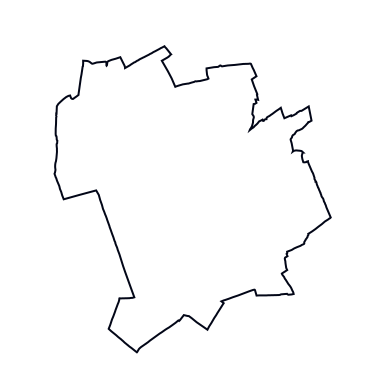 Ivesti, Vaslui, Romania (Robinson projection), rotated 80°
{"feature_id": "2599482B87899807765527", "entity_name": "Ivesti", "entity_type": "district", "adm_level": 2, "iso_a3": "ROU", "parent_name": "Romania", "parent_adm1": "Vaslui", "projection": "robinson", "projection_center": [27.546, 46.204], "detail": "fine", "context": "isolated", "style": "outline", "palette": "ink", "viewbox_px": 384, "rotation_deg": 80, "n_neighbors": 0, "source": "geoboundaries", "source_scale": "gbopen_adm2", "svg_char_len": 5877}
<svg xmlns="http://www.w3.org/2000/svg" viewBox="0 0 384 384"><g transform="rotate(80 192 192)"><path d="M312.3,297.8L312.6,297.6L315.2,295.6L319.8,291.6L322.1,289.8L324.9,287.3L326.0,286.5L326.4,286.1L328.6,284.5L333.5,280.3L335.0,278.8L339.1,275.2L340.3,274.1L340.1,273.8L337.5,271.6L337.0,271.0L335.9,269.2L332.3,261.4L331.1,259.3L325.8,248.4L324.9,246.2L323.0,242.2L322.1,240.0L321.4,238.1L319.6,234.3L317.9,230.8L316.2,227.9L316.1,227.5L316.1,227.3L316.7,227.0L316.2,226.2L311.8,221.4L313.2,218.2L313.7,216.6L316.2,214.2L321.1,210.0L327.2,203.8L328.3,202.7L329.6,201.4L330.3,200.7L329.5,200.1L327.3,198.4L324.4,195.7L320.0,192.0L317.5,189.6L315.5,187.9L312.9,185.5L308.7,181.7L307.0,180.1L304.8,182.0L304.3,179.7L304.1,178.0L303.5,174.2L302.7,169.9L301.9,164.5L299.7,152.9L299.1,149.2L299.0,147.7L299.1,147.3L299.2,147.2L299.6,147.0L305.2,146.4L305.5,143.7L306.7,137.1L306.9,135.2L307.4,132.0L308.5,124.8L308.6,123.2L308.3,122.4L308.3,121.6L308.8,116.1L309.1,116.0L309.9,115.0L310.2,111.8L310.1,109.6L308.5,109.7L307.6,109.9L306.5,110.3L304.0,110.9L302.6,111.4L301.3,112.0L299.3,113.1L294.6,115.0L293.7,115.5L292.8,115.8L291.8,116.0L289.4,117.3L288.1,117.7L287.9,117.7L285.8,112.7L285.4,111.8L283.7,112.3L282.9,112.4L278.7,112.3L277.3,112.2L276.5,112.1L274.9,112.2L273.8,112.2L273.3,112.0L272.8,111.7L271.8,109.1L269.4,109.6L268.9,108.9L267.3,108.7L267.2,108.1L266.4,103.9L265.3,101.1L264.6,98.3L263.8,94.3L263.3,93.4L262.7,90.9L262.3,90.4L261.4,90.3L260.8,90.1L260.3,89.7L259.0,88.5L258.5,88.3L257.8,87.4L256.3,86.0L255.8,85.9L255.1,85.5L254.6,84.9L254.1,84.7L253.4,84.8L252.7,83.0L251.6,80.4L249.9,76.8L248.1,73.5L246.2,69.7L244.1,66.2L242.7,62.7L241.9,61.2L241.8,60.6L241.2,59.8L230.5,62.3L228.1,62.6L227.3,62.9L225.9,63.1L224.2,63.7L222.6,63.8L221.3,64.0L219.3,65.0L218.6,65.2L217.1,65.3L215.8,65.6L215.3,65.7L215.0,65.6L214.3,65.9L213.2,66.1L212.2,66.4L211.7,66.5L210.9,66.6L210.0,66.8L209.6,67.1L208.0,67.3L207.0,67.6L205.6,67.8L204.2,67.8L203.5,68.0L203.4,68.6L202.2,68.5L201.2,68.9L200.6,69.1L200.0,69.1L199.4,68.9L198.6,69.0L195.1,69.5L193.6,69.9L193.0,70.2L184.5,72.2L182.9,72.5L182.3,72.6L181.9,72.5L182.0,73.7L182.4,74.3L182.3,76.4L182.0,77.2L178.8,77.6L175.9,77.6L175.2,77.5L173.5,76.7L172.4,76.3L172.5,75.6L171.0,76.7L170.6,77.2L170.1,78.6L169.1,82.3L169.1,83.3L169.1,84.1L169.5,85.3L169.7,85.7L169.2,85.4L168.8,85.3L168.2,85.3L161.2,85.4L157.6,85.8L156.9,85.5L156.6,85.1L155.6,84.1L154.4,83.6L153.5,82.7L152.8,80.9L151.5,79.8L150.3,78.5L149.8,77.4L149.8,76.0L148.9,72.7L148.4,71.8L147.6,70.7L146.9,69.6L146.3,68.7L144.6,66.6L144.2,65.9L143.6,65.7L143.3,65.1L143.4,64.4L142.5,61.9L128.0,62.2L131.1,70.0L130.9,71.6L132.3,75.1L132.9,75.4L134.0,78.5L134.6,80.9L133.7,81.1L135.4,88.2L130.3,89.2L124.5,89.9L125.6,92.1L126.8,94.9L129.2,99.6L129.5,100.4L130.5,102.4L131.2,104.5L131.7,105.4L132.2,105.7L133.2,106.0L133.1,106.9L133.3,107.9L134.3,108.8L134.4,109.4L134.3,109.7L133.0,110.0L133.7,112.0L134.1,113.6L135.9,115.6L136.8,116.9L137.9,118.8L138.6,119.6L139.1,120.4L140.0,122.5L141.1,124.4L140.4,124.0L139.8,123.4L139.5,122.9L138.9,122.6L137.8,121.6L134.3,119.9L131.6,119.3L129.4,118.2L128.4,118.1L127.9,118.2L125.8,119.1L116.1,116.0L116.1,114.7L115.4,113.0L112.0,113.5L112.1,112.4L112.7,110.9L107.6,111.2L107.4,110.8L107.0,110.7L98.4,112.5L91.5,113.6L91.1,112.7L89.2,108.4L82.5,110.0L80.3,110.7L76.1,111.7L75.8,112.0L75.6,112.8L75.6,114.0L75.3,115.8L74.8,119.4L74.3,127.7L73.6,134.8L73.5,140.5L73.4,140.8L73.1,141.3L72.6,141.6L72.4,141.9L72.3,142.2L72.4,142.7L72.6,143.2L72.9,143.6L73.2,144.1L73.3,144.7L72.9,148.6L72.8,156.2L74.5,156.5L79.2,156.8L80.3,156.7L81.4,156.4L83.2,156.1L83.6,157.4L84.1,165.1L84.0,165.6L83.9,167.1L83.9,168.3L83.6,169.1L83.6,169.8L83.9,170.5L84.0,171.3L84.2,173.6L84.5,175.8L84.6,176.7L84.5,177.3L84.4,182.3L84.9,186.6L85.2,188.8L85.5,190.2L76.6,192.3L68.8,194.8L57.5,198.9L55.4,193.1L54.7,191.5L53.6,189.9L52.9,189.1L52.8,188.7L46.0,192.4L44.6,193.4L43.7,193.8L44.5,196.2L44.9,197.8L45.2,198.5L45.5,199.3L47.0,203.9L47.1,204.2L47.5,205.7L48.4,207.8L48.7,209.2L49.3,210.6L49.7,212.0L51.0,216.2L51.2,217.1L51.7,218.6L51.9,219.5L52.5,221.2L52.9,221.8L53.0,222.3L53.3,223.5L54.2,225.4L54.4,226.6L54.7,227.2L55.8,229.9L56.5,231.3L58.2,236.1L58.3,236.4L57.7,236.3L55.9,236.5L52.9,237.4L46.8,239.2L47.5,244.0L47.9,248.3L48.5,251.2L48.9,252.3L49.4,252.8L52.3,253.7L52.8,254.2L52.6,254.3L50.2,253.9L49.6,253.9L49.0,254.1L48.6,254.7L47.9,263.3L48.0,264.1L48.1,264.8L48.3,266.2L48.4,267.4L48.4,267.8L48.1,268.4L46.1,270.2L45.3,271.3L44.7,272.7L43.8,276.4L46.7,276.9L49.3,277.6L49.5,277.9L57.0,280.4L60.4,281.7L75.8,286.7L76.7,286.9L77.7,288.8L79.0,291.6L79.6,292.7L79.7,293.0L79.5,293.9L78.5,294.8L75.8,295.3L75.9,297.0L76.6,299.3L78.2,302.4L80.4,305.9L82.1,308.4L84.1,310.2L91.3,311.8L91.2,312.1L92.4,312.3L93.0,312.5L94.2,312.4L94.5,312.5L94.9,312.8L101.4,314.1L105.9,315.2L111.2,316.2L112.9,316.3L113.1,316.0L113.7,315.8L115.3,315.9L116.9,316.1L117.4,316.0L118.0,315.7L120.7,316.4L121.3,317.0L123.2,317.3L126.1,317.5L126.9,317.7L129.0,318.0L135.0,319.6L138.0,320.6L139.6,321.4L141.1,321.9L142.8,322.3L144.2,322.5L146.4,322.6L147.1,322.8L149.4,323.7L149.7,324.0L150.1,324.2L150.5,324.2L151.5,324.0L154.1,323.6L154.8,323.3L157.3,323.0L162.9,321.7L163.9,321.6L166.1,321.5L169.2,320.8L172.9,320.4L175.2,319.9L176.9,319.6L175.3,303.1L173.8,286.1L178.7,284.3L182.9,283.9L184.1,283.8L185.1,283.6L189.3,282.9L193.1,282.6L196.2,281.9L199.1,281.4L200.7,281.0L203.5,280.5L204.5,280.4L211.4,279.2L212.1,279.2L215.4,278.6L219.7,277.9L222.8,277.3L226.6,276.8L228.3,276.3L229.0,276.4L230.9,276.1L233.9,275.4L236.0,275.2L240.7,274.3L253.0,272.7L258.7,271.8L272.0,269.5L279.4,268.2L285.7,267.1L285.9,269.1L285.7,270.6L285.7,272.1L284.4,280.7L284.1,281.9L284.4,282.1L285.2,282.3L285.9,282.5L287.9,283.5L289.4,284.5L293.5,286.9L295.0,287.8L296.2,288.4L301.0,291.2L303.6,292.9L308.5,295.5L312.3,297.8Z" fill="none" stroke="#020617" stroke-width="2"/></g></svg>